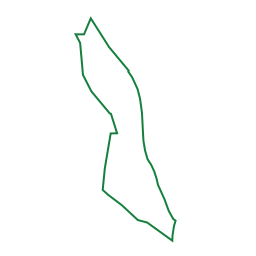 Grande Riviere/Funier, Dennery, Saint Lucia, rotated 23°
{"feature_id": "8701671B45029066757980", "entity_name": "Grande Riviere/Funier", "entity_type": "district", "adm_level": 2, "iso_a3": "LCA", "parent_name": "Saint Lucia", "parent_adm1": "Dennery", "projection": "albers", "projection_center": [-60.933, 13.933], "detail": "fine", "context": "isolated", "style": "outline", "palette": "green", "viewbox_px": 256, "rotation_deg": 23, "n_neighbors": 0, "source": "geoboundaries", "source_scale": "gbopen_adm2", "svg_char_len": 707}
<svg xmlns="http://www.w3.org/2000/svg" viewBox="0 0 256 256"><g transform="rotate(23 128 128)"><path d="M43.2,62.2L50.7,68.4L65.8,96.7L80.0,108.6L105.5,121.7L106.8,121.6L120.0,137.1L114.2,139.8L122.4,174.1L128.9,194.9L135.9,197.3L152.6,201.5L173.0,208.9L180.6,207.8L182.5,207.5L212.8,214.4L211.0,209.6L208.7,200.5L208.4,198.4L208.0,194.7L205.9,194.2L205.1,194.0L197.8,188.3L189.6,179.5L177.8,168.6L176.2,166.4L174.1,163.5L169.2,157.8L167.2,156.0L163.6,152.7L160.5,150.7L158.1,149.0L152.4,141.9L147.2,133.7L143.2,125.6L135.0,108.7L127.7,96.4L121.5,88.3L113.2,80.8L111.3,79.2L108.4,77.4L106.3,76.1L106.3,75.0L79.1,61.0L50.9,41.6L50.9,59.0L43.2,62.2Z" fill="none" stroke="#15803d" stroke-width="2"/></g></svg>